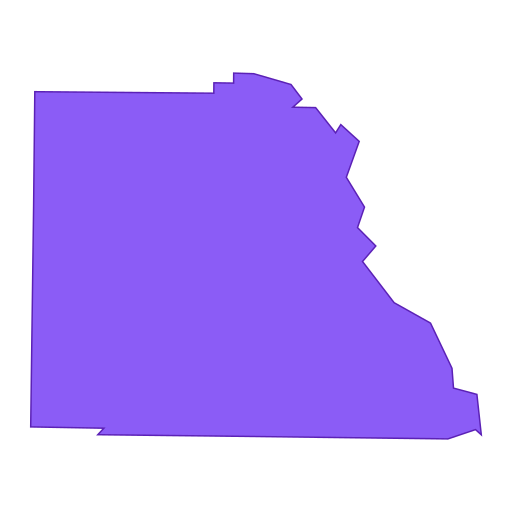 Wilcox, Georgia, United States of America
{"feature_id": "52423323B95461713566074", "entity_name": "Wilcox", "entity_type": "district", "adm_level": 2, "iso_a3": "USA", "parent_name": "United States of America", "parent_adm1": "Georgia", "projection": "natural_earth1", "projection_center": [-83.364, 31.989], "detail": "fine", "context": "isolated", "style": "filled", "palette": "violet", "viewbox_px": 512, "rotation_deg": 0, "n_neighbors": 0, "source": "geoboundaries", "source_scale": "gbopen_adm2", "svg_char_len": 515}
<svg xmlns="http://www.w3.org/2000/svg" viewBox="0 0 512 512"><path d="M30.7,426.9L103.9,428.2L97.8,434.7L167.6,435.5L205.1,435.9L447.9,438.9L475.5,429.6L481.3,434.8L476.9,394.4L453.5,388.1L452.0,368.3L430.5,323.1L394.1,302.7L362.5,261.5L375.8,246.0L357.5,227.6L364.5,207.1L346.3,177.3L359.2,141.4L340.8,124.6L335.6,132.9L315.6,107.6L292.8,107.2L302.0,99.0L291.0,84.5L253.8,73.7L233.7,73.1L233.6,83.1L213.9,82.8L213.8,93.2L34.8,91.7L33.6,206.4L30.7,426.9Z" fill="#8b5cf6" stroke="#5b21b6" stroke-width="1.5"/></svg>